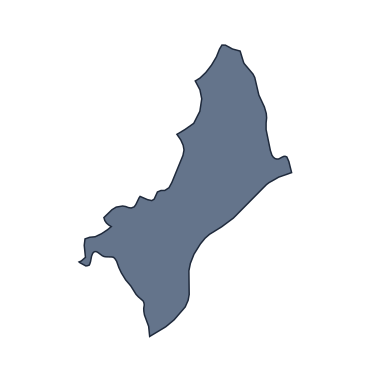 SVG path tracing the border of Central, rotated 15°
{"feature_id": "PRY-607", "entity_name": "Central", "entity_type": "Department", "adm_level": 1, "iso_a3": "PRY", "parent_name": "Paraguay", "parent_adm1": "", "projection": "natural_earth1", "projection_center": [-57.553, -25.559], "detail": "fine", "context": "isolated", "style": "filled", "palette": "slate", "viewbox_px": 384, "rotation_deg": 15, "n_neighbors": 0, "source": "natural_earth", "source_scale": "10m", "svg_char_len": 1651}
<svg xmlns="http://www.w3.org/2000/svg" viewBox="0 0 384 384"><g transform="rotate(15 192 192)"><path d="M151.1,210.9L155.4,210.7L157.3,208.7L158.6,200.9L161.6,198.6L165.4,197.5L168.7,193.8L170.1,187.9L173.8,159.0L173.4,153.5L171.4,149.2L167.7,144.6L162.5,140.2L169.0,133.5L175.9,125.2L178.7,112.0L177.3,99.5L173.2,91.2L166.4,83.9L170.2,79.9L174.4,73.0L178.0,64.4L180.6,55.2L181.6,46.8L182.9,42.3L186.3,41.5L194.1,43.4L202.0,43.4L208.3,53.5L209.2,54.5L220.4,62.3L223.0,65.2L231.5,81.1L239.9,91.1L243.4,96.9L244.9,101.1L245.7,106.1L247.4,112.5L257.0,131.7L259.7,135.8L261.5,137.3L263.5,138.2L265.4,138.2L267.1,137.7L268.1,136.8L270.1,134.9L271.5,133.8L272.7,133.4L274.5,133.6L277.6,137.4L283.2,147.5L271.9,155.2L263.9,163.1L262.0,165.6L238.7,206.5L229.7,217.9L219.8,228.4L216.5,233.4L213.5,240.1L210.0,251.6L208.9,261.4L209.4,268.9L215.8,291.7L216.3,297.5L215.2,304.8L207.8,320.1L201.5,329.0L188.5,342.5L184.9,333.0L177.9,323.1L176.4,319.8L175.5,317.0L175.1,313.4L174.2,311.4L173.0,309.9L167.4,307.2L164.5,305.4L157.2,298.6L150.7,294.1L144.6,288.3L140.9,283.9L137.1,278.4L134.9,276.4L133.1,275.4L131.4,275.5L125.5,276.9L123.8,277.1L121.9,276.8L116.4,274.6L114.9,274.4L113.6,274.7L112.5,275.7L111.9,277.2L111.6,279.9L112.0,285.5L111.9,287.9L111.6,289.3L110.0,290.3L108.6,290.9L102.0,289.3L101.0,288.8L102.9,287.3L106.0,282.7L101.7,271.4L100.8,265.0L104.9,262.2L110.0,260.3L115.3,255.8L120.0,250.5L123.0,246.3L120.0,245.4L117.4,244.1L115.2,242.2L113.5,239.5L119.3,229.8L122.7,226.2L128.6,223.5L131.7,223.2L134.6,223.5L137.4,223.2L140.0,221.3L141.0,218.7L142.4,211.3L143.0,209.7L151.1,210.9Z" fill="#64748b" stroke="#1e293b" stroke-width="1.5"/></g></svg>